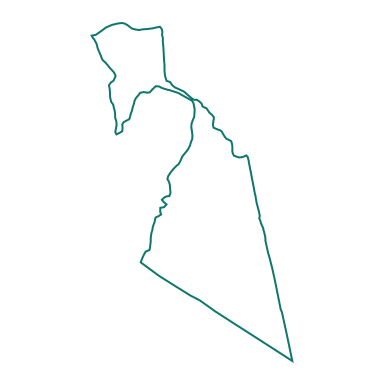 outline of Kuria East, Nyanza, Kenya
{"feature_id": "3690345B78515474379979", "entity_name": "Kuria East", "entity_type": "district", "adm_level": 2, "iso_a3": "KEN", "parent_name": "Kenya", "parent_adm1": "Nyanza", "projection": "robinson", "projection_center": [34.625, -1.241], "detail": "fine", "context": "isolated", "style": "outline", "palette": "teal", "viewbox_px": 384, "rotation_deg": 0, "n_neighbors": 0, "source": "geoboundaries", "source_scale": "gbopen_adm2", "svg_char_len": 3596}
<svg xmlns="http://www.w3.org/2000/svg" viewBox="0 0 384 384"><path d="M184.1,91.7L182.8,91.0L182.0,90.6L181.2,90.3L179.1,89.3L176.7,88.2L175.1,87.5L173.7,86.5L172.1,85.0L171.0,83.4L170.0,82.0L168.5,81.5L166.6,80.9L165.2,76.5L164.7,73.4L164.6,72.0L164.5,69.3L164.5,68.1L164.5,64.9L164.1,61.0L163.9,57.3L163.5,49.6L163.2,45.0L162.8,41.7L162.9,38.1L162.0,34.8L162.4,31.9L161.8,29.1L160.9,28.0L159.9,26.8L156.5,27.4L152.8,28.3L149.1,28.8L146.3,29.1L145.1,29.2L144.2,29.2L141.9,29.5L138.8,30.0L135.5,29.5L131.8,28.5L128.0,25.5L124.8,23.6L121.9,23.0L117.9,23.5L113.8,24.4L111.5,25.1L108.0,26.6L105.6,27.7L102.4,30.2L101.7,30.7L98.7,32.8L95.7,34.9L91.7,35.6L92.3,36.8L93.1,38.2L94.4,39.7L96.6,43.9L97.8,48.7L99.6,52.9L100.9,55.9L101.2,56.8L102.2,59.2L102.9,60.3L104.9,62.1L105.6,62.8L107.9,65.5L109.8,67.9L111.8,70.0L113.6,72.0L114.6,73.5L115.6,76.0L113.5,80.7L110.9,82.5L109.0,85.2L109.7,89.2L110.0,92.7L110.1,97.2L111.2,101.9L113.2,104.6L113.9,108.0L114.7,110.8L115.1,114.0L115.2,118.0L116.3,121.2L116.6,125.2L115.9,128.8L115.3,132.2L116.5,134.4L119.5,132.9L122.2,131.3L122.6,127.7L122.2,124.5L123.7,122.1L126.7,120.5L129.3,119.2L130.1,116.5L130.4,115.2L130.7,114.0L131.8,111.1L132.7,107.5L133.8,104.2L134.5,101.0L136.1,97.8L138.3,95.4L140.1,92.8L143.7,92.1L147.5,92.7L149.8,92.3L152.2,89.6L155.7,86.2L156.6,86.3L158.0,86.4L159.3,86.5L161.5,87.8L164.1,88.7L166.7,89.5L168.7,90.0L170.2,90.3L170.9,90.6L173.4,91.4L175.6,92.1L176.3,92.3L177.5,92.7L178.1,92.9L181.3,94.7L187.7,98.3L192.1,100.8L193.5,103.2L194.7,109.6L194.2,116.9L192.6,120.6L191.5,124.1L191.3,127.5L191.9,131.0L192.4,135.1L192.3,138.8L191.0,142.1L189.9,145.8L188.1,149.3L185.7,152.3L183.7,154.7L182.2,156.7L180.7,160.3L178.8,163.9L176.1,166.2L173.4,169.0L170.5,172.6L168.2,176.1L167.4,179.0L168.9,181.7L169.2,182.5L169.8,184.8L170.0,186.8L170.1,188.5L170.2,189.7L170.5,192.7L169.3,196.1L166.4,196.4L164.0,197.7L161.9,199.8L163.9,202.2L166.5,204.4L164.0,207.2L160.3,207.8L160.2,211.8L161.1,214.5L158.8,216.0L155.5,217.6L154.6,221.9L152.9,226.6L152.3,230.3L151.4,233.2L150.9,236.2L150.7,239.2L150.7,242.0L150.5,243.2L150.3,244.6L150.1,247.3L149.4,250.1L145.6,251.6L143.8,254.9L142.2,258.4L140.7,262.4L159.2,276.0L175.7,286.4L190.0,295.3L199.8,300.4L215.7,311.7L234.3,323.7L263.0,342.1L292.3,361.0L286.8,334.5L281.9,312.2L280.7,309.3L274.9,280.4L272.1,267.7L270.2,260.5L270.0,259.3L269.7,258.4L269.4,257.4L269.1,256.3L268.8,255.1L268.3,253.7L267.8,251.7L267.4,249.7L266.8,247.0L266.3,244.6L265.9,242.9L265.3,240.0L265.5,238.9L265.3,237.7L265.1,236.2L264.8,234.8L264.4,233.4L264.1,232.0L263.7,230.8L263.3,229.4L263.3,228.4L262.8,227.2L261.9,225.8L261.5,224.3L260.9,223.1L260.6,221.9L260.4,220.9L259.9,219.7L259.2,218.3L259.7,216.7L259.7,215.3L258.7,210.6L258.5,209.7L258.1,208.7L257.8,207.6L257.7,206.7L257.5,205.9L257.0,204.6L256.8,203.7L256.6,202.5L256.4,201.5L255.9,198.8L255.7,197.3L255.4,195.5L255.0,194.3L254.7,192.6L254.3,190.7L254.0,189.0L253.8,187.8L253.2,184.6L252.1,179.1L251.4,175.2L250.6,171.2L249.8,167.1L249.5,165.5L249.3,164.5L249.0,163.2L248.6,160.3L248.0,158.4L247.8,157.1L246.2,155.4L244.3,156.4L242.1,157.2L238.5,157.4L233.9,155.6L232.7,153.2L232.4,151.7L232.3,149.9L232.4,148.8L232.4,147.4L232.1,144.3L231.2,141.1L229.0,140.0L226.2,138.6L224.8,136.8L222.9,133.7L221.5,131.2L219.7,130.1L217.4,129.4L215.0,128.3L213.6,127.7L213.3,126.6L212.9,123.8L213.4,122.3L213.3,120.9L213.8,119.5L213.8,117.1L212.0,114.8L209.4,112.7L206.6,108.4L202.7,106.6L201.5,103.5L199.4,101.5L196.7,99.7L194.4,99.9L193.3,99.3L192.3,98.8L191.0,97.7L189.2,96.2L187.4,94.6L185.7,93.1L184.1,91.7Z" fill="none" stroke="#0f766e" stroke-width="2"/></svg>